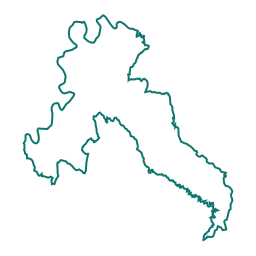 Telle, Quthing, Lesotho (Equal Earth projection)
{"feature_id": "5366337B55047013089331", "entity_name": "Telle", "entity_type": "district", "adm_level": 2, "iso_a3": "LSO", "parent_name": "Lesotho", "parent_adm1": "Quthing", "projection": "equal_earth", "projection_center": [28.078, -30.25], "detail": "fine", "context": "isolated", "style": "outline", "palette": "teal", "viewbox_px": 256, "rotation_deg": 0, "n_neighbors": 0, "source": "geoboundaries", "source_scale": "gbopen_adm2", "svg_char_len": 5817}
<svg xmlns="http://www.w3.org/2000/svg" viewBox="0 0 256 256"><path d="M202.7,240.6L206.7,237.9L207.1,236.7L211.5,237.0L213.0,236.5L214.4,233.3L214.8,230.8L217.0,229.3L217.9,226.2L221.0,227.5L222.6,230.1L226.0,229.6L226.3,229.1L224.2,221.5L224.7,220.6L226.9,219.5L229.0,210.5L230.6,209.1L230.6,204.4L232.2,201.1L232.3,199.8L231.3,196.8L230.9,194.7L232.3,191.8L231.8,190.0L229.9,187.5L228.1,186.2L225.9,186.1L224.2,183.5L223.6,178.4L224.0,177.4L225.1,177.0L226.0,176.1L225.8,175.6L224.4,175.4L224.2,174.8L225.8,172.8L221.3,171.8L219.6,168.9L215.1,167.3L212.8,163.4L209.3,163.5L207.1,162.1L206.7,161.4L206.8,159.7L206.3,158.5L202.1,155.4L199.9,156.8L197.8,156.0L196.3,154.3L197.2,152.2L196.7,151.3L194.4,150.5L192.6,148.3L189.9,145.8L187.6,144.8L187.0,143.8L185.6,143.6L181.2,141.8L178.6,135.5L178.4,128.4L176.9,127.1L176.1,127.2L175.7,126.5L175.2,127.2L175.2,124.4L174.2,125.6L172.3,123.1L173.8,122.1L173.5,119.4L172.8,118.2L173.3,117.4L174.1,117.9L173.9,114.9L172.4,110.3L172.3,106.6L170.4,104.1L170.0,97.8L169.3,95.6L168.3,94.6L168.3,93.7L166.6,92.8L164.5,93.9L163.7,93.5L162.4,94.2L159.7,92.8L156.7,92.8L154.2,91.9L152.2,92.4L150.2,91.1L145.3,92.0L147.5,86.4L147.7,82.8L146.9,80.8L144.6,78.8L143.0,79.1L141.6,81.0L140.9,80.7L139.7,78.6L138.4,79.0L136.6,78.6L134.1,79.6L131.4,79.1L130.3,79.8L129.2,79.3L128.6,80.0L128.7,76.9L128.2,74.5L129.9,74.4L129.6,72.9L130.4,67.7L131.1,67.0L132.0,67.1L132.6,66.6L133.3,65.7L133.5,64.3L135.4,62.9L136.9,58.3L137.8,57.3L137.7,56.3L139.0,54.3L140.2,53.7L140.8,52.6L141.7,52.7L142.3,52.3L142.9,51.2L145.4,49.0L146.5,49.2L147.9,48.6L148.9,46.2L148.0,45.4L145.0,45.2L144.7,43.8L142.6,42.4L142.8,42.0L144.3,41.7L143.6,37.0L144.1,36.0L143.4,35.8L142.3,37.4L141.5,37.3L141.0,35.0L139.7,35.4L140.1,33.4L139.6,33.1L139.0,35.5L136.7,36.7L136.7,34.8L137.9,31.0L132.5,28.8L129.8,28.6L128.2,27.8L124.4,24.2L120.4,21.8L119.2,21.9L117.0,23.1L116.6,24.5L116.8,27.1L115.5,28.5L114.3,28.3L112.8,27.1L110.2,23.8L105.7,17.1L103.5,15.4L102.6,15.6L99.8,18.3L96.9,19.6L96.7,20.8L97.1,21.7L100.2,25.8L100.6,27.3L99.2,34.8L98.2,36.7L95.9,38.9L95.4,40.5L94.0,42.5L91.6,42.7L88.2,41.3L84.3,37.9L84.3,36.0L86.2,32.6L86.7,29.1L85.7,25.2L84.1,21.8L81.9,22.8L81.6,22.2L76.2,21.7L74.1,22.2L72.8,24.9L71.1,26.3L69.7,28.1L68.9,31.5L68.9,33.8L69.4,37.5L69.9,38.4L72.8,42.3L75.8,44.6L76.7,45.7L76.7,46.6L76.4,47.2L72.1,49.8L65.4,51.5L64.3,52.5L63.3,56.2L58.3,57.8L57.3,61.8L58.2,64.6L63.1,70.1L65.0,74.2L65.6,76.8L64.7,82.3L63.7,83.4L60.0,85.3L59.2,86.6L59.1,87.4L60.6,90.6L62.2,92.6L63.6,93.2L64.4,93.4L70.1,91.9L74.0,93.5L74.2,94.7L73.1,96.7L69.4,101.6L66.1,104.3L63.2,108.9L61.9,110.1L60.1,108.7L58.6,104.3L57.8,103.1L54.9,103.4L53.1,104.5L51.7,107.4L51.7,110.6L52.5,113.5L52.0,122.6L51.4,125.0L47.3,129.0L38.3,128.5L37.6,129.7L37.6,131.5L38.6,135.3L38.8,138.7L38.4,141.4L36.7,143.3L34.6,143.1L33.5,142.3L31.6,140.0L30.0,135.6L29.0,134.5L27.0,134.1L25.6,135.1L25.5,139.8L25.2,141.0L23.7,143.1L24.4,144.3L24.5,148.6L24.0,149.7L25.0,151.9L25.1,153.6L26.8,154.6L27.1,158.4L28.8,158.4L30.9,159.2L32.5,160.8L33.8,165.2L34.9,167.5L34.1,170.6L36.7,171.8L38.7,175.6L39.9,175.6L41.8,173.9L42.0,176.2L43.4,176.1L48.3,177.7L50.7,176.7L52.7,177.9L52.6,178.6L51.4,179.7L51.9,184.1L52.9,183.7L54.5,184.0L56.1,179.2L58.4,176.0L57.7,174.0L57.3,164.0L57.5,162.7L58.2,162.8L60.8,160.1L66.0,161.4L67.6,163.4L69.4,163.7L72.0,165.9L74.5,168.9L76.4,170.3L79.3,169.4L81.9,171.2L83.6,173.1L84.8,173.2L85.9,170.5L86.4,162.4L88.1,153.8L85.5,153.9L83.2,151.7L82.0,150.2L82.5,147.0L83.2,146.8L84.0,145.1L85.1,144.5L87.5,141.4L87.5,140.6L90.3,138.8L91.1,138.4L92.2,140.2L94.0,140.9L93.9,142.1L94.6,142.1L97.6,139.7L99.2,137.8L97.9,136.2L97.6,134.0L96.7,132.8L96.5,128.5L95.6,125.2L95.6,123.3L94.8,120.6L93.7,119.5L93.5,117.5L93.8,116.2L95.8,116.6L98.8,113.0L100.1,112.6L101.9,115.0L103.3,115.4L103.9,116.5L103.9,117.5L105.7,119.6L105.7,121.3L107.0,122.5L107.4,121.9L106.5,120.3L107.1,119.4L107.2,117.6L108.4,118.7L109.8,118.3L110.9,120.5L113.1,121.1L114.7,117.8L116.1,117.6L117.6,119.8L118.7,120.2L120.4,124.1L121.3,125.2L123.3,125.6L125.2,128.5L126.6,129.0L127.3,130.4L129.2,131.4L129.8,132.5L130.8,136.1L133.2,136.8L134.3,137.9L134.5,138.8L136.1,139.6L136.7,140.6L137.8,146.0L137.7,147.7L136.9,149.2L141.2,152.3L142.4,155.3L142.4,156.6L143.9,158.6L143.5,160.7L144.8,164.5L146.7,166.8L148.1,167.1L148.9,168.2L149.1,169.7L148.4,170.6L148.9,172.6L150.4,172.9L150.9,171.6L150.6,170.5L152.0,169.7L152.8,170.1L153.0,172.0L154.4,172.3L156.9,174.5L161.2,174.6L161.9,174.1L163.4,175.7L165.7,175.5L166.9,177.4L168.2,177.7L168.3,178.6L170.0,180.7L171.5,180.2L172.4,180.9L172.6,180.4L173.2,180.6L173.7,181.8L175.5,182.6L175.3,183.3L175.9,184.7L177.5,186.0L178.0,185.9L177.9,184.8L179.2,184.5L180.1,185.1L180.4,185.6L179.6,185.7L179.4,186.3L180.0,187.7L181.1,187.7L182.9,186.2L184.0,188.5L186.4,189.3L187.4,188.8L187.5,189.4L186.9,190.5L186.8,191.7L188.3,191.3L188.7,190.4L189.2,190.5L189.5,192.6L188.7,194.1L189.4,194.2L190.1,192.7L190.8,192.7L190.6,193.9L191.2,195.4L193.7,195.3L192.3,196.2L192.4,196.9L193.4,196.4L194.3,197.2L195.9,196.5L196.2,195.4L197.7,196.6L199.3,196.5L200.5,198.4L199.2,197.8L198.7,198.1L198.5,200.6L200.5,199.2L200.4,200.9L200.8,201.9L205.1,201.0L204.1,202.1L204.2,203.6L207.2,202.7L207.7,205.8L208.3,206.5L209.1,206.7L210.0,206.1L209.8,202.8L211.9,204.5L212.2,204.4L212.2,202.9L212.9,202.8L213.3,206.0L212.4,206.6L213.2,207.5L213.3,209.2L213.9,210.8L214.6,210.5L215.4,209.0L217.7,210.3L216.0,210.7L215.2,211.8L213.3,211.5L213.1,210.6L212.2,210.6L212.0,211.2L212.5,212.8L213.2,213.5L212.4,214.7L213.5,215.3L213.7,216.4L214.4,216.5L214.9,217.2L214.0,217.8L212.1,216.8L210.3,217.7L211.5,219.4L211.5,221.3L213.2,223.3L213.6,224.9L212.1,225.5L212.5,226.7L210.5,227.6L208.8,230.2L208.9,231.1L206.8,232.5L206.2,233.6L205.3,233.8L204.5,234.9L203.7,236.5L203.8,239.4L202.7,240.6Z" fill="none" stroke="#0f766e" stroke-width="2"/></svg>